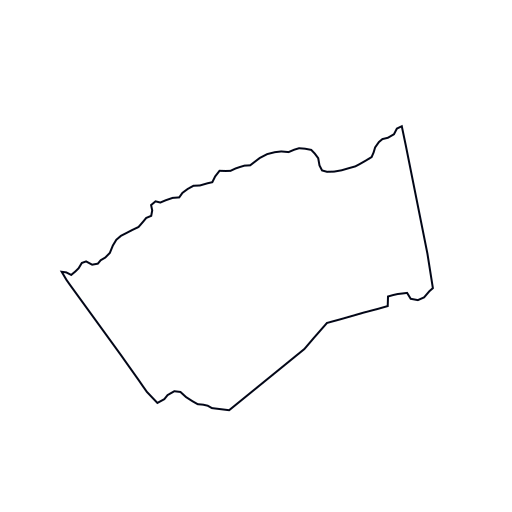 São Domingos, Bahia, Brazil (Albers equal-area conic projection), rotated 110°
{"feature_id": "56859067B2625578868269", "entity_name": "São Domingos", "entity_type": "district", "adm_level": 2, "iso_a3": "BRA", "parent_name": "Brazil", "parent_adm1": "Bahia", "projection": "albers", "projection_center": [-39.595, -11.458], "detail": "fine", "context": "isolated", "style": "outline", "palette": "ink", "viewbox_px": 512, "rotation_deg": 110, "n_neighbors": 0, "source": "geoboundaries", "source_scale": "gbopen_adm2", "svg_char_len": 1488}
<svg xmlns="http://www.w3.org/2000/svg" viewBox="0 0 512 512"><g transform="rotate(110 256 256)"><path d="M208.9,332.8L211.4,338.8L216.2,343.0L221.8,346.7L227.2,348.2L229.9,354.2L234.5,359.9L238.5,364.2L239.0,369.1L244.0,372.0L248.7,369.1L254.1,368.2L257.8,372.2L262.1,373.7L268.9,376.3L274.1,381.4L278.7,385.6L283.2,389.8L288.5,392.8L295.1,394.1L303.1,394.4L309.0,397.1L313.1,400.5L317.3,402.0L320.2,407.0L319.2,413.8L322.1,417.3L328.2,418.5L332.4,420.5L337.0,423.2L336.3,428.7L337.3,433.2L343.3,425.9L346.5,421.3L395.8,348.3L398.8,344.0L412.9,323.6L416.6,318.4L421.0,312.1L427.8,298.4L421.9,293.2L416.9,291.5L411.0,286.5L409.6,280.5L412.5,273.5L414.2,266.0L415.2,260.1L413.8,254.9L413.2,250.2L414.0,245.4L410.1,228.5L326.8,178.7L313.1,173.6L294.6,166.4L286.8,155.3L272.3,135.4L263.8,123.1L258.0,115.1L248.9,118.1L245.8,113.8L243.3,109.9L241.1,105.5L239.0,101.4L243.3,96.0L242.1,88.8L237.4,83.9L229.7,81.0L225.7,78.8L195.2,95.7L101.3,152.8L84.2,163.4L88.1,167.2L94.4,168.0L99.8,172.5L102.9,177.2L106.9,179.5L113.2,181.2L118.6,180.9L123.5,181.2L129.8,186.3L134.5,190.3L137.8,193.3L141.8,198.9L146.2,204.9L150.0,211.5L152.6,218.1L153.0,223.2L149.2,227.3L142.8,231.0L139.6,235.9L137.4,240.4L138.4,246.6L140.0,252.4L143.0,256.4L147.2,260.9L149.1,268.0L152.0,273.8L156.4,280.3L162.6,286.0L168.4,289.7L172.8,292.5L175.0,297.7L177.9,301.6L180.7,305.1L184.7,309.1L186.5,313.6L188.4,319.4L195.2,321.6L201.6,322.3L204.3,326.5L208.9,332.8Z" fill="none" stroke="#020617" stroke-width="2"/></g></svg>